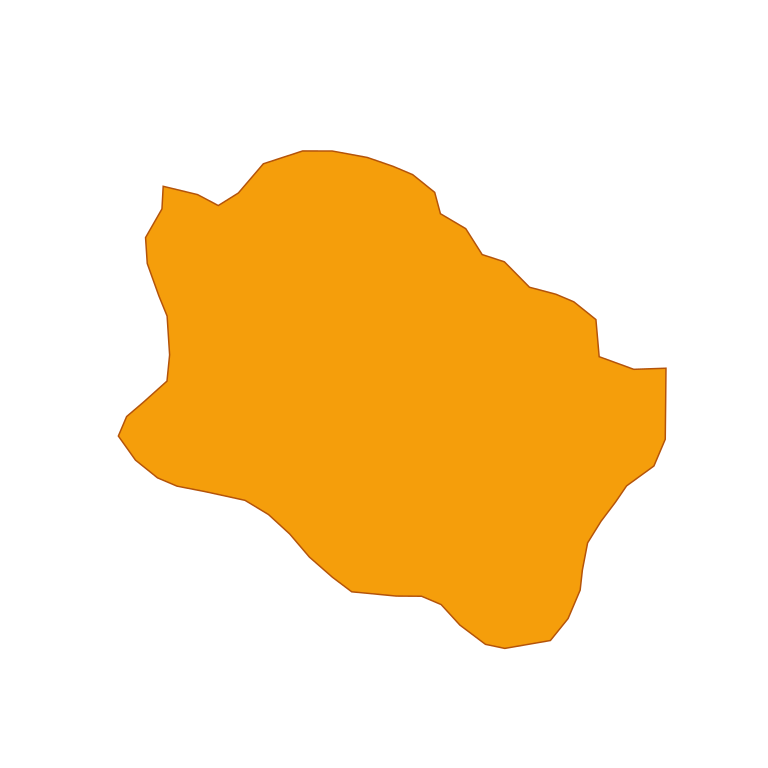 the district of Pileri, Cyprus, rotated 113°
{"feature_id": "46923920B51203162214587", "entity_name": "Pileri", "entity_type": "district", "adm_level": 2, "iso_a3": "CYP", "parent_name": "Cyprus", "parent_adm1": "", "projection": "mercator", "projection_center": [33.212, 35.289], "detail": "fine", "context": "isolated", "style": "filled", "palette": "amber", "viewbox_px": 768, "rotation_deg": 113, "n_neighbors": 0, "source": "geoboundaries", "source_scale": "gbopen_adm2", "svg_char_len": 891}
<svg xmlns="http://www.w3.org/2000/svg" viewBox="0 0 768 768"><g transform="rotate(113 384 384)"><path d="M288.3,664.5L309.6,656.8L342.4,660.7L365.6,649.0L390.8,625.7L406.2,610.2L441.0,592.7L466.1,584.9L495.1,598.5L514.5,608.2L535.7,608.2L551.2,583.0L558.9,555.8L558.9,534.5L553.1,507.3L545.4,466.5L549.3,439.3L558.9,412.2L572.5,385.0L582.1,355.8L587.9,332.5L574.4,289.8L564.7,266.5L564.7,245.2L576.3,219.9L584.0,188.9L580.2,169.5L555.1,130.6L528.0,122.9L497.1,122.9L477.7,128.7L450.7,134.5L425.6,130.6L402.4,124.8L383.0,120.9L354.0,103.5L325.0,103.5L292.2,117.0L259.3,130.6L272.9,159.8L274.8,196.6L241.9,214.1L234.2,241.3L234.2,260.7L238.1,287.9L224.5,320.9L226.5,344.2L209.1,369.4L205.2,398.6L187.8,412.2L180.1,439.3L180.1,460.7L182.0,487.9L189.8,522.8L201.3,550.0L228.4,581.1L265.1,592.7L284.5,606.3L282.5,629.6L288.3,664.5Z" fill="#f59e0b" stroke="#b45309" stroke-width="1.5"/></g></svg>